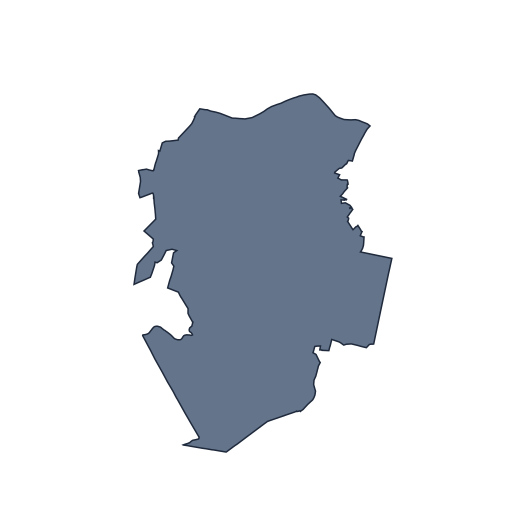 outline of Ogresgala pag., Ogre, Latvia, rotated 145°
{"feature_id": "27541924B67173140256681", "entity_name": "Ogresgala pag.", "entity_type": "district", "adm_level": 2, "iso_a3": "LVA", "parent_name": "Latvia", "parent_adm1": "Ogre", "projection": "orthographic", "projection_center": [24.724, 56.804], "detail": "fine", "context": "isolated", "style": "filled", "palette": "slate", "viewbox_px": 512, "rotation_deg": 145, "n_neighbors": 0, "source": "geoboundaries", "source_scale": "gbopen_adm2", "svg_char_len": 5813}
<svg xmlns="http://www.w3.org/2000/svg" viewBox="0 0 512 512"><g transform="rotate(145 256 256)"><path d="M311.7,105.1L310.6,104.6L309.7,104.3L308.9,104.0L308.9,103.9L308.8,103.2L307.9,103.3L305.4,103.3L303.3,103.8L301.9,104.1L300.0,104.5L298.7,104.8L297.1,105.0L294.9,105.3L293.2,105.5L292.0,105.7L290.9,106.2L289.9,106.7L288.8,107.4L287.9,108.0L287.4,108.4L286.4,109.4L285.7,110.2L284.9,111.0L284.6,111.6L284.2,112.9L282.6,117.4L282.3,117.9L281.2,119.2L280.3,120.3L279.6,121.1L275.9,123.3L274.5,124.5L272.1,126.5L270.9,127.6L269.5,128.7L268.8,129.4L268.1,130.0L264.5,131.9L264.5,133.4L264.2,135.4L263.3,140.9L263.8,142.0L264.8,144.1L264.5,144.3L262.8,145.6L260.6,147.5L259.7,148.2L257.2,146.9L254.8,145.3L257.6,142.5L256.0,141.3L256.1,140.9L250.6,136.7L247.5,139.4L247.2,139.5L246.6,140.0L241.8,144.2L237.1,137.8L236.5,136.4L235.4,133.2L235.2,132.7L232.6,131.9L228.3,129.3L223.7,124.1L222.2,122.2L218.2,117.6L213.9,118.5L212.7,118.0L211.8,117.5L211.7,117.3L210.1,116.4L181.4,143.3L156.8,166.3L156.1,166.9L146.1,176.1L168.1,199.4L166.5,200.0L165.3,200.6L164.2,201.2L163.6,201.7L163.1,202.1L162.8,202.3L162.1,202.9L161.5,203.5L160.5,204.7L156.6,209.6L156.9,209.8L158.9,212.6L159.0,212.8L157.1,214.0L155.1,215.2L155.5,215.9L155.2,217.8L155.0,222.6L156.5,222.3L157.4,222.6L161.5,221.9L161.5,222.0L161.2,229.9L161.1,231.1L161.2,231.7L161.2,231.8L160.3,232.1L159.1,233.1L158.4,233.8L158.9,235.6L156.2,236.5L155.7,236.7L154.2,237.3L153.1,237.6L150.0,238.7L150.2,240.8L151.8,241.2L151.7,241.6L149.8,241.2L150.0,243.7L151.5,246.7L152.2,248.2L152.5,248.4L155.8,250.1L154.3,253.0L154.1,253.2L151.5,251.0L151.0,251.8L149.9,250.2L149.3,250.5L152.7,256.6L151.1,256.9L149.2,257.3L148.6,257.5L147.0,258.1L141.9,259.3L142.0,260.1L140.0,262.4L139.4,262.0L139.0,262.7L138.7,263.2L138.5,263.8L138.0,264.9L137.8,265.4L137.7,266.0L141.4,268.6L141.6,268.8L142.3,269.3L142.5,269.4L143.8,272.0L144.3,272.9L140.9,274.6L144.0,278.9L143.4,279.4L143.3,279.5L143.1,279.5L137.9,280.0L137.4,280.0L137.1,279.8L135.5,279.0L135.2,278.9L133.8,279.1L132.1,279.4L130.3,279.7L130.2,279.7L129.9,279.7L129.7,279.7L129.3,279.6L129.1,279.5L128.6,279.7L128.6,279.8L128.4,279.8L128.2,279.9L128.0,280.0L127.5,280.3L127.1,280.6L126.8,280.7L126.7,280.8L126.4,280.9L125.5,281.3L124.5,280.3L124.4,280.3L123.1,279.0L122.6,278.5L117.4,282.7L116.8,283.4L114.7,284.7L113.7,285.3L102.6,291.2L98.0,293.4L97.1,293.9L96.8,294.1L92.1,296.2L88.0,297.1L88.9,300.2L90.3,302.4L92.2,305.2L94.0,308.1L96.3,310.6L100.3,313.1L105.6,317.3L107.6,320.1L109.5,322.9L110.6,325.5L110.9,329.3L111.3,334.9L112.3,342.9L113.2,349.1L114.7,353.8L116.6,356.2L119.4,358.0L125.1,360.8L125.3,360.8L128.8,362.2L132.0,363.0L134.3,363.8L139.2,365.1L143.1,366.0L148.0,366.8L151.8,368.0L157.6,369.5L162.4,370.0L166.6,369.9L171.4,370.3L179.8,371.6L186.6,374.7L188.2,376.1L190.4,377.8L193.6,380.5L196.3,382.5L201.2,389.9L203.7,393.6L206.5,397.0L210.0,400.7L212.1,403.8L213.6,404.9L217.6,408.8L224.7,406.2L225.3,405.9L225.4,405.7L226.4,405.4L226.3,405.0L228.7,403.4L232.8,401.2L235.9,400.4L237.8,400.0L239.3,399.7L250.8,397.3L251.8,397.1L253.3,395.6L261.1,399.8L264.2,401.8L267.9,402.4L272.8,398.5L274.6,397.1L275.4,398.3L276.6,396.4L277.6,395.3L283.8,390.5L284.5,390.1L285.5,389.3L286.7,388.3L289.6,385.7L289.6,385.8L291.2,384.8L292.0,385.3L294.6,388.3L294.7,388.5L294.8,388.6L295.9,390.0L296.8,390.4L299.1,391.5L299.5,391.7L299.5,391.8L303.1,393.3L303.1,393.1L303.7,392.4L303.9,392.1L304.8,389.4L305.4,387.7L305.7,386.8L307.9,383.2L312.1,378.9L316.3,374.6L317.6,370.3L315.6,369.7L308.0,367.8L306.9,367.5L305.8,367.3L304.6,366.8L304.5,366.7L304.4,366.6L304.4,366.3L305.3,364.1L305.8,363.4L306.5,362.4L306.2,362.4L309.1,357.6L311.8,352.5L313.5,349.6L314.2,348.3L317.0,343.7L333.4,340.7L330.4,328.8L332.2,326.7L333.3,326.3L333.5,325.7L333.8,324.7L334.7,322.6L337.4,322.0L343.4,320.5L347.0,319.8L358.0,317.2L360.0,315.4L367.6,307.6L372.2,302.7L367.0,301.7L361.7,300.6L354.9,299.3L354.7,299.2L353.7,299.9L351.8,301.1L350.3,302.2L348.8,303.3L347.7,304.1L344.5,306.5L342.2,308.9L340.9,307.2L335.9,307.0L330.6,309.7L326.4,312.0L320.9,309.7L317.8,305.9L321.7,305.9L329.1,298.8L329.1,294.8L332.0,292.2L337.5,287.8L340.6,285.6L346.7,280.5L343.9,276.3L340.3,270.9L340.6,269.1L340.8,268.1L341.1,265.5L341.1,263.8L341.2,262.2L341.7,254.4L341.8,251.9L344.6,248.0L344.7,247.4L345.1,245.2L345.5,241.3L345.8,238.3L345.6,238.0L346.3,237.6L346.4,237.4L346.9,237.0L347.5,236.5L348.7,235.4L350.0,235.3L350.4,235.2L350.8,235.2L351.6,235.1L352.0,234.8L352.9,234.1L353.4,233.3L353.7,232.3L353.5,231.5L353.1,230.6L353.0,229.9L353.1,228.4L353.3,227.8L354.0,227.9L354.5,228.1L354.9,228.4L355.6,229.3L356.8,230.2L358.0,231.2L359.9,232.0L361.0,232.1L362.2,231.7L364.0,230.9L365.4,230.7L366.4,231.0L368.3,232.4L369.8,234.4L370.3,235.6L370.9,239.4L371.2,240.7L372.4,244.7L372.8,245.4L373.1,246.7L373.5,247.6L373.9,248.4L374.1,249.3L374.4,250.1L374.9,252.2L375.3,252.9L375.9,253.6L376.7,254.7L376.9,254.9L377.4,255.3L378.2,255.8L378.7,256.0L379.8,256.4L381.1,256.3L382.7,255.9L384.1,255.4L385.2,255.1L387.4,254.4L388.4,254.3L389.7,254.4L391.8,255.1L393.3,255.9L394.1,256.2L394.5,255.8L395.0,251.8L396.0,243.6L396.5,239.2L396.6,238.4L396.9,236.5L397.9,229.6L399.4,214.5L400.7,203.7L401.6,192.3L402.3,187.3L402.5,185.5L402.6,183.7L404.2,168.2L405.2,156.8L406.5,140.7L406.4,140.4L407.6,139.2L408.0,139.1L409.7,139.7L411.2,140.3L413.5,141.3L413.8,141.4L416.5,141.3L417.4,141.1L417.8,141.3L419.0,141.5L419.7,141.7L420.9,142.1L422.5,142.6L424.0,143.0L423.9,142.8L423.8,142.7L420.3,139.4L419.8,138.8L409.7,128.8L407.4,126.7L403.4,122.7L403.1,122.4L402.2,121.7L393.9,113.5L393.3,112.9L392.7,112.5L392.3,112.5L382.0,112.8L379.5,112.7L366.1,113.2L346.6,113.8L341.7,113.9L341.4,113.9L341.1,113.8L338.9,113.2L321.7,108.3L314.5,106.2L312.5,105.7L312.0,105.7L311.8,105.7L311.7,105.1Z" fill="#64748b" stroke="#1e293b" stroke-width="1.5"/></g></svg>